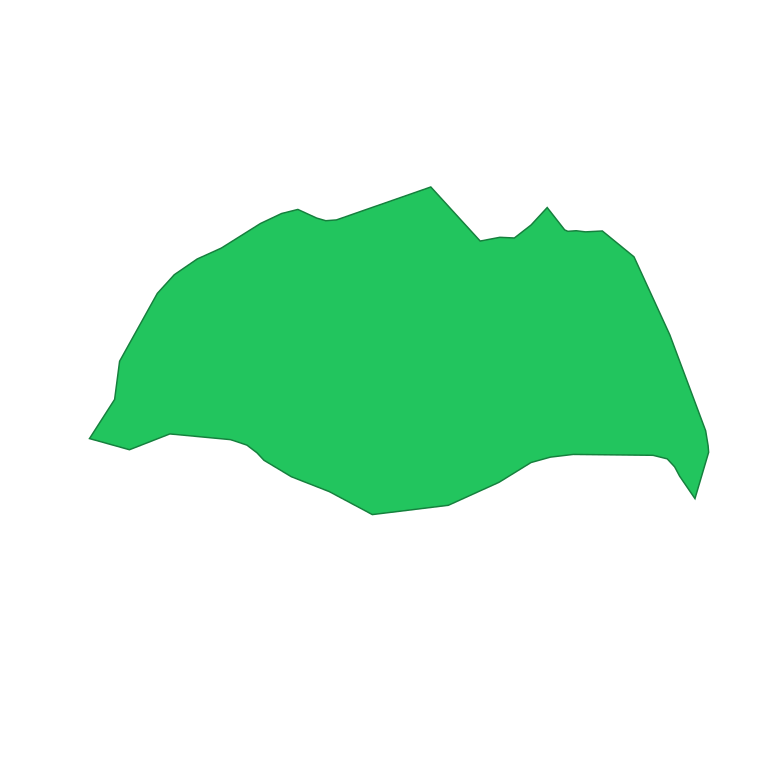 map outline of Zug (Robinson projection), rotated 165°
{"feature_id": "CHE-177", "entity_name": "Zug", "entity_type": "Canton", "adm_level": 1, "iso_a3": "CHE", "parent_name": "Switzerland", "parent_adm1": "", "projection": "robinson", "projection_center": [8.52, 47.166], "detail": "fine", "context": "isolated", "style": "filled", "palette": "green", "viewbox_px": 768, "rotation_deg": 165, "n_neighbors": 0, "source": "natural_earth", "source_scale": "10m", "svg_char_len": 755}
<svg xmlns="http://www.w3.org/2000/svg" viewBox="0 0 768 768"><g transform="rotate(165 384 384)"><path d="M180.7,512.2L169.6,486.1L166.9,483.9L158.7,482.3L150.0,478.8L133.5,475.3L109.6,442.1L95.2,357.4L85.4,255.6L86.9,240.6L88.1,234.0L113.3,192.8L122.3,218.4L124.7,228.7L129.8,238.4L142.6,245.5L219.4,267.0L242.2,270.3L262.3,270.1L298.3,259.3L353.2,250.2L429.1,260.9L464.7,294.2L497.5,318.4L519.7,341.4L524.5,350.4L532.3,360.5L546.7,370.0L603.8,391.2L646.9,386.4L682.6,407.5L648.2,438.8L633.5,474.4L579.5,530.2L558.2,543.9L532.1,553.1L506.0,557.4L461.8,571.0L438.8,575.2L422.0,574.9L406.1,561.7L398.0,556.8L387.5,554.8L287.8,562.2L254.1,497.2L234.1,495.7L220.3,491.3L200.8,499.5L180.7,512.2Z" fill="#22c55e" stroke="#15803d" stroke-width="1.5"/></g></svg>